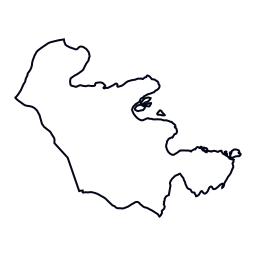 Chaves, Pará, Brazil (Albers equal-area conic projection)
{"feature_id": "56859067B61286453634561", "entity_name": "Chaves", "entity_type": "district", "adm_level": 2, "iso_a3": "BRA", "parent_name": "Brazil", "parent_adm1": "Pará", "projection": "albers", "projection_center": [-49.534, 0.015], "detail": "fine", "context": "isolated", "style": "outline", "palette": "ink", "viewbox_px": 256, "rotation_deg": 0, "n_neighbors": 0, "source": "geoboundaries", "source_scale": "gbopen_adm2", "svg_char_len": 5894}
<svg xmlns="http://www.w3.org/2000/svg" viewBox="0 0 256 256"><path d="M79.2,191.1L80.7,190.7L82.7,190.6L82.6,192.1L82.8,192.4L83.3,192.6L85.5,192.2L87.8,192.4L88.9,192.3L90.1,192.1L91.3,192.1L94.8,192.9L97.7,194.0L104.6,197.9L105.8,198.9L112.4,205.3L114.5,206.2L116.5,207.9L118.0,208.3L119.9,208.2L122.3,208.5L124.0,208.2L128.1,206.6L132.1,204.0L133.6,203.3L134.9,202.4L136.0,202.0L137.2,201.9L138.3,202.2L139.7,203.4L140.3,204.2L143.4,206.7L144.6,207.3L146.4,207.7L147.7,208.2L149.2,209.1L151.9,210.4L158.0,214.3L159.1,216.3L159.5,216.6L161.0,215.0L161.0,214.6L162.0,213.1L161.8,210.9L162.2,210.5L163.6,209.3L164.5,207.7L164.7,206.3L163.7,204.2L164.1,203.5L163.9,201.7L164.3,201.4L164.7,199.9L164.7,198.7L165.0,198.3L165.6,197.1L166.5,196.1L168.8,195.1L170.5,185.4L169.9,183.5L170.0,182.7L170.5,181.4L171.9,179.0L175.3,175.7L177.9,174.7L179.4,173.8L180.0,173.7L180.4,174.1L181.5,175.8L183.3,178.0L184.1,180.5L185.0,181.9L185.4,183.9L186.9,187.1L187.8,188.4L188.2,188.7L190.5,189.6L191.8,191.9L192.1,192.2L193.6,192.6L194.2,192.5L194.6,192.8L194.8,193.7L195.9,195.4L196.0,196.2L196.5,196.2L198.1,195.4L198.8,194.8L200.8,191.6L201.5,191.1L202.2,191.3L203.1,192.6L204.2,193.5L205.1,193.6L206.2,193.0L207.6,191.4L209.3,187.6L210.4,186.6L211.0,186.5L211.9,186.9L212.4,187.7L212.7,188.5L213.4,189.1L215.0,189.0L216.9,187.8L220.4,184.6L221.4,184.0L222.3,183.7L222.8,183.9L223.0,184.3L222.7,186.0L222.1,187.2L222.2,187.8L223.1,187.1L223.7,186.2L224.5,182.9L226.4,179.8L228.1,176.7L229.2,175.4L230.5,173.5L231.4,171.6L231.8,170.2L232.4,169.3L232.5,168.4L233.1,167.8L233.3,166.4L232.5,163.3L232.7,162.8L233.6,161.8L233.4,161.0L233.8,159.8L230.3,159.0L229.3,158.3L228.4,157.1L227.6,156.3L226.3,155.7L224.1,154.2L223.3,154.0L221.6,151.8L221.6,151.0L221.3,150.7L218.9,151.3L218.4,151.5L218.0,151.9L217.4,151.8L216.3,151.3L214.8,150.9L213.2,150.9L211.6,151.6L210.9,151.1L210.4,151.2L210.0,151.4L208.3,150.8L206.8,151.6L206.7,152.2L206.2,152.2L205.3,151.8L203.9,150.7L202.7,150.3L202.4,149.3L202.0,149.2L201.7,148.7L201.8,147.2L201.5,146.8L201.1,146.7L200.3,147.1L200.1,148.0L199.6,148.0L197.7,147.0L197.1,147.2L196.2,147.9L196.0,148.4L195.2,149.3L194.8,149.1L194.3,149.3L191.1,151.0L191.0,151.4L190.5,151.3L189.9,150.8L188.8,150.6L181.9,150.4L181.0,150.7L180.5,150.5L179.6,150.8L177.8,152.3L173.7,154.8L171.9,154.7L170.0,153.6L168.3,151.9L167.5,150.5L166.8,149.0L166.1,146.4L166.2,145.0L166.9,142.7L167.0,141.4L168.8,138.8L171.2,137.6L171.8,137.4L172.4,137.6L172.8,137.1L173.2,136.1L173.9,135.3L174.3,134.3L175.7,133.9L176.7,132.9L177.0,131.2L176.4,128.8L176.0,128.1L175.1,127.6L174.8,126.9L175.3,126.5L175.5,126.1L175.0,125.0L174.3,124.2L173.1,123.4L171.6,121.9L170.3,121.8L169.5,121.3L166.5,120.3L163.7,120.3L160.7,119.4L159.3,119.4L158.0,119.3L154.0,119.4L152.9,119.3L151.9,118.9L149.0,118.7L148.3,118.2L146.8,118.5L142.8,120.3L140.9,120.2L138.5,119.0L136.6,117.4L135.4,116.1L133.5,113.5L132.2,110.4L132.1,109.4L133.1,106.8L135.7,104.1L139.3,101.9L140.8,98.6L142.6,97.7L143.5,97.0L144.2,96.2L146.9,94.9L147.2,94.5L150.9,93.4L154.3,92.0L155.4,90.7L157.1,89.9L158.7,88.5L159.4,87.1L159.6,85.8L159.5,85.4L158.5,83.9L158.4,83.0L157.7,81.6L154.4,79.5L151.9,79.2L149.8,76.7L148.6,75.8L147.5,75.5L147.1,75.6L146.7,76.0L146.3,77.1L145.4,77.2L144.8,77.5L142.8,79.0L142.3,79.0L141.4,78.6L137.7,78.7L135.0,79.7L132.2,80.1L128.1,81.2L126.0,82.5L123.5,84.6L122.0,85.6L118.1,86.8L117.6,86.6L117.3,86.3L117.4,84.5L117.0,83.9L116.3,83.6L115.5,83.7L113.1,85.3L107.6,88.0L106.4,87.8L105.6,87.9L104.3,88.4L103.7,88.2L103.5,87.7L105.2,85.7L104.9,85.1L102.8,83.1L101.2,82.5L100.2,82.4L97.0,82.7L95.7,83.1L95.4,83.5L95.0,85.4L94.1,85.9L91.3,86.0L89.0,85.7L87.7,85.7L86.6,86.1L85.4,86.2L82.7,85.8L80.4,85.2L79.1,85.5L76.1,86.9L71.3,85.6L70.5,84.7L70.2,82.7L70.1,81.1L70.3,79.6L70.8,78.2L74.9,75.4L77.6,74.0L81.8,71.0L83.2,69.7L86.0,64.0L88.5,60.4L88.9,58.9L88.8,58.4L89.4,57.3L89.6,56.1L89.0,53.1L88.4,51.7L86.4,49.1L83.8,47.3L82.4,46.7L80.8,46.5L79.7,46.8L78.6,47.6L77.2,49.1L75.9,49.4L75.2,49.2L70.0,47.4L66.7,45.7L65.5,44.7L64.3,41.8L63.9,39.4L58.0,40.4L50.6,42.2L48.2,43.2L41.6,47.7L38.0,50.4L36.6,51.9L34.5,55.7L32.6,60.9L32.1,63.2L32.0,64.9L31.4,67.3L30.1,70.2L27.8,73.3L27.3,75.6L25.8,78.7L25.2,81.5L23.2,84.9L21.0,90.0L17.9,94.8L15.8,97.3L15.4,97.5L15.6,98.2L17.9,100.3L24.3,104.9L25.3,105.4L27.6,105.9L29.9,106.2L32.1,106.8L34.4,108.0L37.0,110.5L39.6,115.3L41.8,123.3L42.2,124.2L44.1,126.9L50.1,131.6L53.8,137.5L54.3,138.6L54.5,139.9L54.4,143.1L67.7,157.7L79.2,191.1ZM234.6,149.4L234.0,149.6L231.8,151.0L231.3,153.0L230.1,155.7L229.9,156.8L230.2,157.1L231.4,157.5L232.9,157.7L234.1,157.0L235.9,156.3L237.3,156.2L238.4,156.3L239.6,155.9L240.5,154.9L240.6,154.3L240.5,153.8L238.8,153.4L238.7,152.9L239.1,152.9L239.5,152.5L239.1,151.1L238.6,150.3L237.1,149.7L234.6,149.4ZM142.5,105.7L141.0,104.7L139.8,104.9L139.0,105.3L138.4,105.2L137.2,105.6L135.3,107.8L134.9,108.7L135.1,109.7L136.7,110.7L138.2,111.1L140.0,110.6L143.1,110.1L143.8,109.2L144.4,108.7L144.8,107.9L144.8,107.1L144.1,106.3L142.5,105.7ZM142.8,104.0L145.2,102.5L148.2,101.4L150.1,99.3L150.6,98.2L148.5,97.5L147.1,97.7L144.8,98.4L143.3,99.8L141.0,102.6L140.7,103.3L141.0,103.8L141.7,104.1L142.8,104.0ZM164.6,114.8L162.3,112.5L161.1,110.7L160.2,110.4L159.7,110.5L157.2,113.5L157.2,114.0L157.8,114.7L160.8,114.9L161.9,115.3L163.4,115.4L164.7,115.2L164.6,114.8ZM149.9,105.7L150.9,103.8L151.0,103.1L149.7,103.2L144.1,105.0L144.8,105.9L146.2,106.2L147.3,106.2L148.5,106.5L149.2,106.4L149.9,105.7ZM206.0,150.8L206.9,150.6L207.2,150.3L207.3,149.9L207.2,149.6L207.1,148.9L206.5,148.3L204.7,147.9L204.2,147.6L203.5,147.7L203.0,149.3L204.9,150.8L206.0,150.8ZM226.9,153.6L226.1,152.7L224.8,152.2L224.8,153.3L225.3,153.9L226.1,154.3L227.0,154.5L226.9,153.6ZM230.5,153.3L230.9,152.7L230.9,152.2L230.3,152.2L229.8,153.1L229.9,153.6L230.5,153.3ZM226.3,151.6L225.9,151.4L225.5,151.6L225.8,152.0L226.2,152.2L226.3,151.6Z" fill="none" stroke="#020617" stroke-width="2"/></svg>